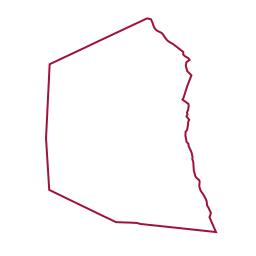 outline of Upanema, Rio Grande do Norte, Brazil, rotated 267°
{"feature_id": "56859067B70479579251794", "entity_name": "Upanema", "entity_type": "district", "adm_level": 2, "iso_a3": "BRA", "parent_name": "Brazil", "parent_adm1": "Rio Grande do Norte", "projection": "albers", "projection_center": [-37.282, -5.615], "detail": "fine", "context": "isolated", "style": "outline", "palette": "rose", "viewbox_px": 256, "rotation_deg": 267, "n_neighbors": 0, "source": "geoboundaries", "source_scale": "gbopen_adm2", "svg_char_len": 1089}
<svg xmlns="http://www.w3.org/2000/svg" viewBox="0 0 256 256"><g transform="rotate(267 128 128)"><path d="M195.8,53.1L122.0,45.6L70.3,46.1L59.7,65.3L42.6,96.4L34.6,111.1L33.3,126.2L32.7,131.9L31.5,135.4L19.5,210.4L34.7,204.7L36.6,205.6L38.9,206.3L44.2,204.2L46.4,203.0L49.2,202.8L50.9,202.7L54.5,201.3L58.4,199.3L61.3,197.4L63.8,196.6L66.4,196.1L70.1,196.7L72.0,196.5L74.5,193.9L76.3,192.7L79.0,192.2L82.0,191.5L90.8,191.4L93.6,190.6L96.2,190.9L99.7,190.3L101.9,189.6L104.9,188.3L106.8,187.6L109.1,187.5L111.2,185.7L114.5,185.4L117.2,184.9L121.2,185.3L123.1,187.0L128.2,188.1L130.8,188.4L133.0,189.5L136.5,187.0L138.3,188.1L140.5,187.7L142.9,189.0L147.2,189.8L148.9,189.6L153.5,183.9L155.0,184.9L167.1,189.5L177.3,194.1L181.6,190.2L186.4,189.1L188.1,189.1L190.8,189.9L192.7,193.1L194.6,191.9L195.7,190.1L196.8,188.5L198.5,187.0L201.0,187.2L209.3,177.6L212.3,173.0L213.8,171.5L215.5,170.3L217.7,168.9L219.2,168.1L221.1,166.6L223.8,161.9L225.2,160.6L227.9,159.0L231.8,158.0L235.3,156.7L236.5,152.8L217.7,106.6L207.7,82.3L195.8,53.1Z" fill="none" stroke="#9f1239" stroke-width="2"/></g></svg>